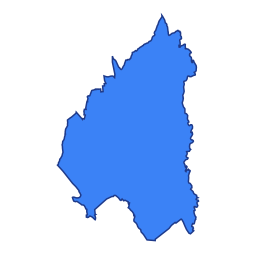 Tepeojuma, Puebla, Mexico (Equal Earth projection)
{"feature_id": "50627088B71138108989678", "entity_name": "Tepeojuma", "entity_type": "district", "adm_level": 2, "iso_a3": "MEX", "parent_name": "Mexico", "parent_adm1": "Puebla", "projection": "equal_earth", "projection_center": [-98.425, 18.729], "detail": "fine", "context": "isolated", "style": "filled", "palette": "blue", "viewbox_px": 256, "rotation_deg": 0, "n_neighbors": 0, "source": "geoboundaries", "source_scale": "gbopen_adm2", "svg_char_len": 5802}
<svg xmlns="http://www.w3.org/2000/svg" viewBox="0 0 256 256"><path d="M190.5,233.8L193.8,230.7L193.7,230.4L192.7,230.2L192.6,229.7L193.1,228.8L193.0,228.5L193.4,228.1L192.8,226.8L192.3,226.9L191.8,226.5L191.8,225.5L192.6,223.6L193.2,223.9L193.9,223.9L194.3,223.4L195.1,220.1L195.8,219.3L195.7,218.1L196.0,217.1L195.0,215.8L194.1,213.1L193.9,210.8L194.8,210.6L195.1,210.1L194.1,207.3L194.3,206.6L195.0,206.5L196.0,207.2L197.0,207.1L197.8,205.7L196.9,203.0L197.1,202.0L198.5,201.2L198.3,200.3L196.3,199.7L196.1,199.2L196.7,198.2L198.0,197.7L196.9,197.0L196.6,196.3L196.6,195.3L194.3,194.0L193.7,193.3L193.0,191.5L190.6,189.2L191.3,188.0L191.9,187.8L191.8,185.8L190.2,183.5L188.8,182.9L188.4,181.7L188.7,177.7L188.5,175.6L189.3,173.0L190.2,170.9L189.8,170.4L188.8,169.8L188.7,169.7L188.7,170.1L188.3,169.8L187.9,169.6L187.0,170.3L186.5,170.2L186.0,171.6L185.3,170.9L186.8,167.6L187.0,166.7L186.5,166.1L185.5,167.1L185.3,166.9L185.0,165.0L184.0,163.0L183.9,162.3L184.1,161.7L185.6,159.8L187.4,159.2L188.0,158.4L187.9,157.7L186.6,157.3L186.1,156.2L186.2,155.6L186.7,155.1L187.1,154.1L187.2,153.1L186.6,151.6L189.3,151.3L190.1,150.0L190.7,149.4L189.7,148.5L189.5,146.4L189.8,144.2L190.9,143.2L192.2,142.7L192.8,142.2L193.4,141.2L193.2,140.6L192.2,139.9L191.5,139.9L191.1,139.6L190.7,139.1L190.5,138.3L190.8,137.4L191.9,135.7L192.6,134.2L192.2,132.2L191.8,132.2L191.5,132.7L190.9,132.4L190.8,132.0L191.3,130.2L192.5,128.2L192.5,126.4L192.1,125.2L191.7,124.8L190.8,124.7L189.9,125.3L189.7,125.6L189.3,125.6L188.7,125.2L187.9,123.7L187.8,123.1L188.1,122.5L188.8,122.2L188.8,121.6L188.4,120.7L187.7,119.9L187.4,118.7L187.7,115.5L186.9,114.3L186.2,113.6L185.2,113.4L184.9,112.8L184.9,108.9L184.3,107.9L183.8,107.5L183.3,106.4L182.4,103.7L182.3,102.4L182.9,100.7L183.3,98.3L183.3,98.0L183.0,97.8L183.1,96.9L182.8,95.8L182.9,94.9L183.6,93.4L184.1,91.6L184.1,90.9L183.6,86.9L184.2,84.5L184.2,83.7L183.8,82.1L183.9,81.4L185.9,80.7L186.4,80.1L187.0,79.0L187.6,76.4L188.1,76.1L189.0,76.1L189.6,76.6L191.0,76.7L193.7,75.4L195.2,75.0L195.3,74.6L195.1,73.7L194.2,72.3L195.5,71.7L196.0,70.9L196.2,70.3L196.2,69.1L196.4,67.7L196.3,66.5L196.1,65.5L194.2,62.3L193.5,60.5L193.2,60.3L192.8,60.3L192.5,62.5L192.0,62.5L191.6,61.9L191.4,60.6L191.5,58.5L191.3,57.7L191.2,57.3L189.8,56.0L189.6,55.6L189.5,54.8L189.6,54.4L189.8,54.6L189.9,53.8L190.3,53.1L190.6,52.8L191.2,52.7L191.1,52.2L190.2,51.0L188.4,49.3L186.8,48.8L185.7,48.8L185.3,48.6L185.5,47.8L185.2,46.3L185.3,44.4L184.9,44.2L184.2,44.3L182.9,45.3L181.0,45.9L180.3,46.8L180.0,46.6L179.8,47.2L179.1,47.1L179.0,45.8L179.3,46.0L180.2,44.2L180.0,41.8L179.7,40.7L179.8,39.9L180.5,39.1L181.3,38.9L181.5,38.4L181.3,36.7L180.5,35.6L180.6,33.2L180.4,32.1L179.8,32.1L179.6,31.2L178.6,31.2L178.0,30.4L177.4,30.5L176.9,31.1L175.7,31.5L175.1,32.3L174.3,32.8L172.1,33.3L170.1,34.9L169.1,35.4L168.7,35.1L168.3,33.8L168.2,31.9L168.0,31.5L167.5,26.9L166.9,25.8L166.7,25.1L166.8,24.3L166.1,23.4L165.3,22.8L164.7,20.1L162.5,16.2L161.9,15.4L162.0,16.2L161.8,17.0L159.1,21.1L158.4,23.0L158.0,24.5L157.3,25.7L155.7,30.4L154.7,31.7L154.4,32.5L154.3,33.1L154.8,34.5L154.8,34.9L154.3,35.6L153.1,36.2L152.3,37.3L151.8,39.3L151.1,40.5L150.5,41.0L149.1,41.5L148.2,42.7L147.7,43.0L146.7,43.2L146.1,43.5L145.6,43.9L144.9,44.0L143.8,44.6L143.3,45.5L142.5,45.7L141.8,46.4L140.1,47.3L138.8,48.5L137.8,49.0L137.6,49.7L136.7,50.8L136.4,51.0L135.5,50.6L134.2,51.8L132.3,52.5L132.2,54.4L131.7,55.1L131.5,55.8L131.3,56.0L130.7,58.3L130.1,58.5L129.8,59.4L129.4,59.7L128.3,59.5L127.6,59.6L127.5,60.0L127.1,60.2L126.4,60.0L125.7,60.2L125.4,61.4L124.6,63.6L124.3,65.0L123.2,66.5L122.2,68.7L121.3,69.5L120.8,69.4L119.8,68.3L119.6,67.7L118.7,67.2L116.0,61.2L115.3,60.2L113.8,59.2L113.1,58.1L112.4,56.1L112.4,62.1L114.9,74.3L114.6,77.6L113.0,76.1L111.0,76.1L108.1,76.9L105.9,76.6L104.0,75.9L104.6,80.6L105.9,83.5L104.2,83.7L104.5,85.8L102.6,86.0L103.1,91.6L100.9,91.9L100.6,89.0L98.2,89.3L98.2,89.1L95.8,89.1L95.8,89.6L94.5,89.5L93.9,90.0L92.2,90.3L91.7,90.6L89.8,95.7L88.9,96.0L88.2,95.8L87.3,96.8L88.0,98.7L87.5,100.2L87.6,101.6L87.0,101.5L86.7,102.8L85.8,107.8L85.8,108.4L86.1,109.4L84.4,109.3L83.9,111.3L84.2,113.3L84.0,114.8L85.3,115.1L84.3,118.9L82.7,118.6L82.5,119.4L76.2,112.1L76.0,113.2L71.5,117.1L70.2,117.9L67.5,120.0L67.5,120.9L67.7,122.3L67.5,124.2L67.6,125.2L67.5,125.8L65.6,129.2L65.2,132.0L65.3,133.0L65.2,132.9L65.0,134.3L65.1,134.9L65.0,135.6L64.6,136.7L64.1,139.4L62.7,141.5L62.5,143.6L62.1,144.8L62.4,146.2L62.5,148.3L63.0,152.3L62.6,153.3L62.0,155.8L60.5,158.5L59.9,159.0L59.6,160.1L59.6,160.8L58.6,162.6L58.4,163.0L58.5,163.6L58.2,164.5L57.5,165.1L63.0,171.2L72.6,183.4L75.8,186.6L78.9,190.5L79.0,191.7L79.7,192.6L80.9,195.0L80.5,196.2L80.0,197.0L78.9,197.7L77.9,197.9L76.4,197.9L73.8,197.1L72.5,197.3L72.4,197.5L73.4,200.3L73.9,201.2L75.6,201.7L76.5,201.4L77.0,201.4L80.8,204.0L81.6,204.8L83.6,205.1L84.2,205.6L85.3,207.4L85.8,208.9L86.8,209.3L86.8,211.9L87.4,214.5L86.3,215.2L86.8,216.0L86.6,216.9L86.4,217.0L86.8,217.3L87.7,217.5L88.3,217.3L88.8,217.0L89.6,216.1L90.2,216.1L91.8,216.8L93.1,217.8L94.9,219.6L95.3,219.7L95.6,217.9L95.0,215.7L94.6,215.2L95.6,214.5L95.2,214.4L94.7,209.6L106.6,199.0L112.1,196.4L113.0,196.6L113.5,196.3L114.0,195.5L114.2,195.4L115.7,195.5L118.4,197.7L119.4,199.0L119.8,199.8L120.8,200.3L121.5,199.6L121.5,200.0L122.4,199.3L123.8,200.8L125.0,200.2L128.2,201.8L128.1,202.4L128.4,203.5L129.0,202.8L129.5,202.9L128.7,206.9L128.2,207.7L129.5,208.6L130.6,210.1L132.3,211.6L133.6,213.6L133.8,215.6L134.5,215.3L134.8,216.7L133.9,219.5L133.9,220.7L134.1,221.4L136.1,223.1L137.1,224.6L137.7,226.5L138.8,228.2L140.7,229.6L141.1,231.9L143.5,234.5L147.0,239.9L155.2,240.6L155.3,239.2L169.0,228.5L171.4,225.4L175.1,222.4L175.9,223.1L181.1,219.1L181.7,219.4L183.2,221.9L184.9,226.0L186.5,229.5L189.0,233.2L190.5,233.8Z" fill="#3b82f6" stroke="#1e3a8a" stroke-width="1.5"/></svg>